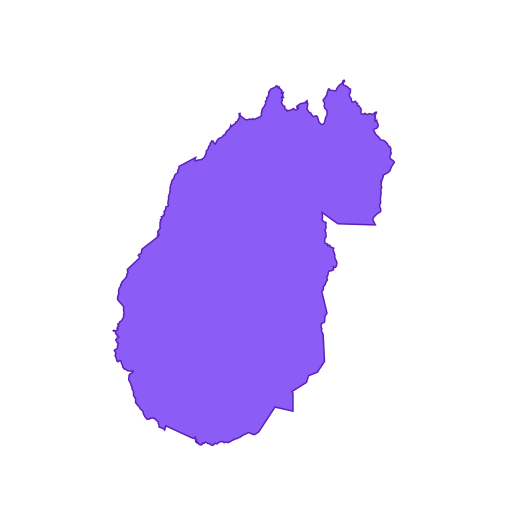 Maguarichi, Chihuahua, Mexico, rotated 208°
{"feature_id": "50627088B68228715353829", "entity_name": "Maguarichi", "entity_type": "district", "adm_level": 2, "iso_a3": "MEX", "parent_name": "Mexico", "parent_adm1": "Chihuahua", "projection": "mercator", "projection_center": [-107.951, 27.819], "detail": "fine", "context": "isolated", "style": "filled", "palette": "violet", "viewbox_px": 512, "rotation_deg": 208, "n_neighbors": 0, "source": "geoboundaries", "source_scale": "gbopen_adm2", "svg_char_len": 6081}
<svg xmlns="http://www.w3.org/2000/svg" viewBox="0 0 512 512"><g transform="rotate(208 256 256)"><path d="M217.1,439.5L218.0,439.0L219.7,435.5L222.6,435.1L224.1,433.0L226.8,433.1L226.8,432.3L229.4,430.9L230.7,431.7L231.7,434.3L232.6,435.4L235.9,436.9L237.0,436.4L237.8,438.1L238.5,438.5L240.2,438.7L240.9,439.3L242.9,437.3L243.9,437.2L246.1,439.9L248.3,440.8L249.3,442.1L249.5,444.9L250.9,447.7L253.0,447.7L254.8,448.4L259.1,448.1L260.3,449.4L259.8,452.0L260.6,452.6L261.3,452.0L261.4,451.2L261.0,449.1L262.6,446.1L263.2,442.4L263.0,439.4L267.9,437.3L268.9,437.3L269.9,437.9L270.4,437.5L269.8,433.4L269.1,432.2L269.4,427.5L269.9,426.4L269.8,424.8L267.6,423.5L266.5,421.9L266.5,420.8L264.8,418.8L261.7,417.8L259.7,414.5L259.4,410.3L258.1,406.0L258.7,403.4L260.3,402.9L263.1,403.7L267.2,407.8L268.5,408.1L270.9,406.2L272.0,406.2L274.8,408.0L276.4,407.8L280.3,409.8L280.6,411.7L281.9,415.0L282.6,415.6L283.5,415.0L283.3,416.4L283.9,417.1L284.9,414.1L288.2,411.5L290.1,407.7L290.1,407.1L289.5,406.2L289.0,406.6L289.4,407.2L287.8,406.7L288.5,404.6L289.6,403.5L291.1,403.4L291.8,403.9L292.5,403.5L292.8,402.6L294.7,400.1L295.8,399.7L296.6,398.6L297.1,399.3L299.8,399.6L300.9,401.7L302.4,401.4L305.6,403.3L305.8,406.0L307.3,407.4L306.4,408.5L307.7,408.4L307.1,409.4L307.7,409.6L307.6,410.4L309.2,411.6L308.4,412.4L308.6,413.2L310.2,412.2L310.7,414.2L313.4,415.0L314.2,414.8L314.7,416.2L316.0,415.4L316.7,415.5L316.9,416.1L318.1,415.7L318.4,413.9L321.5,410.0L321.4,408.5L321.8,407.4L321.4,406.0L320.9,405.6L320.2,402.3L320.9,400.7L319.7,398.7L320.3,397.2L318.8,394.4L319.1,393.6L318.7,392.5L319.1,391.5L319.4,388.1L317.9,383.5L317.1,382.4L317.4,381.3L321.7,375.9L322.8,375.3L323.3,375.7L323.5,374.7L325.7,374.1L327.3,372.4L329.2,371.4L335.3,372.4L336.5,373.3L337.0,374.4L337.8,373.8L335.6,370.5L335.8,367.3L335.5,366.4L336.8,364.6L336.4,364.3L336.5,363.4L338.4,359.5L338.2,358.8L338.5,358.6L339.6,359.4L339.1,357.5L339.3,355.7L339.1,355.0L339.6,354.5L340.6,352.1L340.4,348.4L341.5,347.5L341.6,345.2L344.1,342.1L344.6,339.4L344.4,335.8L345.4,335.7L348.0,337.3L349.2,336.7L349.0,335.8L349.3,334.1L348.7,332.4L349.2,330.5L348.5,328.1L349.2,325.4L348.2,323.0L347.9,319.2L348.2,317.8L349.9,315.0L351.5,314.1L354.4,311.4L355.1,312.1L355.5,314.6L366.0,299.0L365.1,297.0L365.3,295.4L364.4,293.2L364.4,292.1L365.5,290.3L365.6,288.9L365.0,285.5L365.5,284.4L365.5,282.3L364.8,280.4L364.8,278.9L363.7,275.3L362.9,274.6L362.4,272.4L361.9,272.0L361.1,267.1L360.2,266.0L358.7,261.4L356.9,259.3L356.9,258.8L358.6,257.3L357.5,254.1L358.0,253.0L357.6,252.4L357.9,251.5L356.5,250.6L356.3,249.2L356.5,248.7L357.1,248.7L356.8,247.0L358.0,246.1L357.0,245.2L357.0,243.5L357.4,243.3L356.4,241.7L356.6,240.8L354.4,236.5L353.6,236.0L354.2,231.1L352.6,229.5L352.6,228.7L352.0,229.6L351.3,227.7L359.7,208.9L359.8,208.1L358.6,204.4L358.9,203.6L360.0,202.8L360.2,201.1L358.6,200.6L357.9,199.6L363.3,183.7L362.5,183.1L362.5,182.5L361.3,181.1L361.5,179.6L360.7,177.4L360.9,174.4L362.2,170.0L361.7,168.2L362.2,167.3L361.4,166.2L361.6,163.2L361.0,160.7L359.3,157.9L359.2,155.6L357.8,152.5L349.2,149.2L347.2,145.5L345.6,143.8L345.6,142.5L344.2,140.0L344.3,136.5L344.9,134.4L345.5,133.8L345.2,132.0L346.1,130.9L344.3,129.8L345.0,128.6L344.6,126.8L343.7,127.0L343.4,125.8L345.1,123.8L346.7,123.7L346.9,123.0L344.1,123.0L343.3,121.4L341.7,121.4L341.2,120.2L339.6,120.5L339.1,118.9L340.2,118.1L340.5,115.9L338.5,115.2L338.1,114.3L336.4,114.2L336.1,111.3L335.1,109.9L335.2,108.7L336.8,106.7L336.7,106.0L334.1,104.6L333.7,101.9L331.7,100.4L329.9,98.4L329.2,97.9L328.0,97.9L327.2,99.9L326.1,100.2L325.1,98.7L322.5,96.8L321.6,95.5L319.1,94.3L317.9,94.8L315.4,94.4L312.4,95.6L311.3,96.7L310.5,96.7L310.4,94.9L311.9,92.8L312.1,91.2L310.3,86.9L306.3,84.2L305.5,83.0L303.9,82.1L303.2,80.5L300.7,79.0L298.6,75.3L295.2,73.3L293.4,69.8L292.6,69.9L290.5,68.5L289.0,68.4L286.3,66.7L283.1,65.9L281.2,63.7L278.7,62.0L275.5,60.7L273.7,61.8L272.9,63.5L272.2,63.5L270.8,64.8L269.9,64.6L269.1,65.1L268.0,64.4L264.3,63.6L263.9,62.6L261.5,60.4L261.3,59.5L256.8,60.1L254.9,59.4L255.9,63.7L226.0,65.4L224.5,67.4L224.2,65.9L222.2,65.8L222.5,64.7L221.5,64.5L222.4,64.1L222.2,63.8L220.4,63.2L218.9,63.5L217.7,62.9L215.6,63.5L215.2,64.4L215.2,66.1L214.1,66.0L213.1,68.1L210.3,67.9L209.0,68.5L206.6,68.1L205.5,68.5L205.0,68.9L204.3,71.3L202.3,71.7L201.0,74.5L199.2,76.1L198.5,76.5L196.4,76.2L195.2,77.7L193.3,77.9L191.3,80.4L190.4,82.3L189.8,82.6L189.0,84.4L187.2,85.6L186.7,86.7L185.0,88.5L182.8,92.7L182.1,93.2L180.1,96.2L178.5,96.9L174.8,97.0L173.2,97.9L172.1,99.8L171.0,102.2L168.3,131.5L150.5,136.4L159.0,152.3L160.6,153.3L152.1,168.1L153.4,175.0L147.3,182.1L146.0,195.1L160.0,218.4L162.2,219.9L163.4,221.3L163.9,222.9L165.4,224.1L166.5,227.2L164.8,229.1L164.5,230.0L166.8,235.0L166.5,238.9L181.3,255.6L180.7,257.8L182.0,260.4L181.5,263.3L182.0,265.5L181.7,268.5L183.5,270.3L183.5,272.8L184.7,276.2L184.5,277.0L182.6,278.2L181.1,280.2L182.6,282.8L180.8,282.9L180.4,283.6L180.4,285.2L181.2,287.7L182.4,289.1L185.6,291.4L187.0,294.1L190.9,297.8L191.0,299.4L194.5,299.0L196.1,300.2L197.4,298.7L198.0,299.1L198.4,300.2L200.8,299.7L202.2,301.0L203.5,304.1L203.1,305.0L203.3,306.5L204.4,307.6L205.1,309.3L207.1,311.0L207.4,313.9L209.3,316.7L209.6,318.2L210.4,318.4L212.2,318.1L214.5,318.9L215.6,321.8L218.1,325.5L198.8,322.9L165.2,339.5L169.2,342.3L170.0,343.2L170.4,345.0L169.0,349.8L166.8,353.8L168.1,356.3L169.3,356.9L170.7,359.0L171.0,359.7L170.8,361.2L173.1,365.1L175.3,370.8L177.1,373.3L176.9,374.3L177.4,375.9L179.1,377.5L179.6,379.4L180.6,380.2L180.1,381.4L180.9,381.8L180.5,382.5L180.5,383.4L180.9,385.7L181.6,387.1L178.3,392.1L178.1,393.7L177.7,394.1L178.3,398.2L177.8,403.7L178.6,404.3L183.6,405.2L184.4,406.4L184.9,410.4L186.3,411.7L187.2,413.9L188.7,415.2L191.0,415.4L193.0,417.0L195.6,417.8L197.5,418.0L199.5,417.2L200.9,417.2L202.6,418.3L208.3,419.9L209.4,421.3L211.0,422.0L211.4,422.7L211.0,423.7L209.4,425.5L209.0,427.5L209.2,428.5L211.0,430.5L212.2,431.1L213.1,432.6L214.4,431.0L215.1,432.3L215.2,433.9L215.9,433.9L216.3,435.4L216.9,435.2L217.1,437.0L216.8,438.7L217.1,439.5Z" fill="#8b5cf6" stroke="#5b21b6" stroke-width="1.5"/></g></svg>